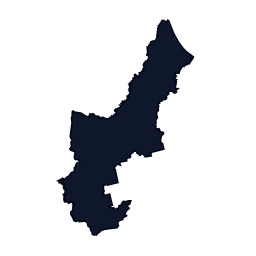 Rangitikei District, Manawatu-Wanganui, New Zealand (Albers equal-area conic projection), rotated 167°
{"feature_id": "76426892B73880124121288", "entity_name": "Rangitikei District", "entity_type": "district", "adm_level": 2, "iso_a3": "NZL", "parent_name": "New Zealand", "parent_adm1": "Manawatu-Wanganui", "projection": "albers", "projection_center": [175.797, -39.716], "detail": "fine", "context": "isolated", "style": "filled", "palette": "ink", "viewbox_px": 256, "rotation_deg": 167, "n_neighbors": 0, "source": "geoboundaries", "source_scale": "gbopen_adm2", "svg_char_len": 5790}
<svg xmlns="http://www.w3.org/2000/svg" viewBox="0 0 256 256"><g transform="rotate(167 128 128)"><path d="M141.6,56.5L143.8,57.0L146.8,56.8L149.0,57.6L150.8,56.3L152.1,54.4L154.2,54.5L155.7,51.4L157.1,52.2L157.7,51.5L158.7,51.5L160.0,53.8L161.5,53.3L163.2,55.4L164.3,55.4L164.3,56.2L160.6,56.2L160.7,67.7L167.5,67.7L167.4,68.5L166.4,68.5L166.4,69.5L166.9,69.7L166.3,70.1L166.6,71.2L165.5,71.7L165.4,72.3L166.0,73.0L165.6,73.1L165.6,74.0L166.4,74.2L166.0,75.1L165.4,75.0L164.8,77.6L160.7,77.6L160.7,76.9L150.0,77.1L149.8,90.8L151.1,91.0L151.0,92.0L146.4,95.2L143.7,93.5L144.1,95.9L142.4,96.5L136.6,96.2L136.6,97.4L135.8,98.5L134.2,99.1L133.5,98.6L132.2,98.9L131.6,101.3L130.9,102.2L128.8,102.9L127.9,103.8L126.4,104.0L124.9,103.1L124.9,101.3L123.3,100.2L123.0,99.1L122.4,99.4L122.2,98.8L119.6,99.9L117.7,96.0L111.6,95.5L111.8,97.0L110.8,98.7L111.1,99.0L97.8,99.3L97.8,105.1L98.5,105.8L99.6,105.3L100.0,105.4L99.1,107.1L99.2,108.5L98.3,110.1L98.5,110.9L96.1,113.8L95.4,113.8L95.4,114.5L94.8,114.5L94.4,115.6L98.8,118.1L98.6,118.7L97.6,118.7L97.7,119.8L98.2,120.5L100.7,120.5L100.6,121.3L101.3,122.1L100.2,123.3L100.7,124.8L99.5,126.6L99.1,129.4L96.8,131.7L97.1,133.0L96.9,134.8L97.5,135.1L96.2,137.0L94.3,138.5L94.5,139.2L93.1,142.7L93.4,145.7L91.6,145.0L91.4,146.6L88.9,146.6L88.4,147.6L84.8,147.4L83.5,148.6L83.5,150.3L83.0,151.1L80.5,152.1L80.6,153.2L80.0,154.3L77.3,154.3L74.8,151.4L72.6,152.1L73.2,152.9L72.9,153.7L70.4,155.1L71.9,155.5L72.1,154.9L73.2,155.4L72.2,155.8L73.2,158.0L71.8,158.7L71.9,159.6L71.1,160.3L72.9,162.8L71.0,161.8L71.1,162.5L70.5,162.6L71.0,163.6L69.8,164.1L70.9,165.1L72.1,164.8L71.4,165.2L71.0,166.8L70.0,166.9L70.5,168.2L69.5,168.1L70.4,169.0L69.0,170.3L69.8,170.4L69.5,171.2L68.1,170.6L67.1,170.9L67.0,170.0L65.7,170.0L65.5,171.8L64.5,172.1L64.5,173.1L63.6,173.5L64.0,174.3L62.7,174.1L62.4,175.1L60.4,175.7L59.6,175.2L59.2,176.3L58.0,176.1L57.5,176.8L56.6,176.4L56.2,177.4L56.0,176.6L54.6,177.4L54.1,176.7L51.2,179.4L51.3,181.8L50.4,181.8L50.5,180.6L49.9,180.3L48.2,182.5L54.0,189.4L56.5,193.5L59.4,200.2L62.2,210.0L64.2,223.4L65.0,224.2L66.9,222.5L68.8,224.6L70.7,225.2L71.7,224.0L71.6,223.4L72.6,222.9L72.4,222.2L73.2,222.6L74.5,221.0L75.4,221.0L75.1,220.0L76.1,219.3L75.9,218.5L76.8,218.1L76.5,217.3L77.9,215.2L77.8,214.3L78.4,213.1L78.2,212.0L79.1,211.9L78.4,210.5L79.5,210.1L80.4,208.3L82.2,206.8L84.7,207.2L86.8,206.6L87.6,204.7L89.2,204.0L89.6,202.3L91.2,202.6L91.0,201.7L91.7,200.3L91.1,198.9L92.0,198.2L91.3,196.8L92.9,195.9L93.3,194.8L92.2,193.8L91.8,192.5L92.2,191.0L93.6,190.3L93.5,188.7L96.0,189.2L96.0,188.4L97.0,188.0L97.1,186.9L98.0,187.4L99.1,185.3L98.2,183.6L100.1,182.4L99.9,181.1L100.6,181.0L100.4,180.4L101.9,180.2L102.6,179.1L104.6,179.3L104.8,177.5L105.4,176.6L106.2,176.5L106.2,175.8L107.1,176.2L108.9,178.7L109.6,178.5L110.0,177.7L109.6,175.5L110.8,175.8L112.1,175.2L112.1,173.6L114.2,172.8L114.9,171.8L115.9,171.7L116.5,170.9L116.3,169.8L115.7,169.5L116.5,169.0L117.1,169.7L116.9,168.4L116.2,167.8L117.2,167.6L116.9,166.8L118.4,165.7L117.1,164.4L117.3,164.0L117.9,164.4L118.6,164.0L117.6,163.5L118.3,162.5L118.1,161.4L119.6,160.4L120.3,158.2L120.9,159.5L121.8,159.3L121.7,157.6L122.4,156.4L122.1,154.9L123.1,154.9L123.7,154.3L123.8,155.2L124.5,154.3L125.3,155.2L125.6,154.3L127.4,155.4L127.7,155.0L127.1,153.7L128.3,154.0L129.4,153.3L128.7,152.6L129.3,151.5L130.8,152.0L130.4,151.3L130.5,150.2L132.6,149.6L133.4,148.7L133.9,149.3L134.7,148.5L135.4,149.3L137.1,148.2L137.2,147.6L135.7,146.4L136.3,145.6L136.3,143.9L137.2,144.7L137.8,143.3L138.9,143.9L138.8,142.8L139.3,142.4L140.3,142.6L141.0,143.6L142.7,141.6L143.2,142.4L143.8,141.6L146.9,141.7L150.4,144.3L152.5,143.8L153.2,145.0L153.7,144.3L154.2,144.8L154.5,144.5L154.5,146.4L157.7,146.9L157.5,148.1L158.8,148.3L158.9,149.0L158.4,149.4L159.0,149.9L160.6,149.6L161.7,150.3L161.7,149.7L162.8,149.3L162.8,148.3L163.5,147.3L164.0,148.1L165.7,148.4L170.4,153.1L176.8,155.7L177.6,157.0L178.6,156.5L179.8,152.2L180.9,150.4L181.3,146.0L186.3,132.6L185.3,128.3L186.8,127.1L187.3,122.6L189.4,120.8L188.8,119.2L184.9,116.7L187.0,111.4L186.7,109.5L186.0,108.9L184.4,109.1L183.9,108.0L183.3,108.3L182.0,106.0L185.6,105.5L187.1,103.9L188.1,101.8L189.3,101.4L189.4,99.6L190.7,97.5L193.6,97.3L194.4,96.1L195.8,95.4L196.8,93.9L198.2,94.3L198.6,93.1L199.7,93.2L199.7,92.4L200.5,92.8L201.3,92.1L202.4,93.2L202.3,92.6L202.8,92.2L204.2,92.3L204.0,93.3L204.7,93.3L205.4,92.9L205.4,92.2L206.6,92.7L207.8,92.4L207.2,92.2L207.4,91.4L206.5,91.7L207.2,90.0L205.7,89.9L205.7,90.9L204.4,91.5L204.9,89.9L204.1,89.0L205.2,88.5L203.5,87.1L203.9,86.8L203.3,85.8L204.1,85.1L203.7,84.4L204.3,84.2L203.7,82.8L202.9,82.2L203.5,82.1L202.7,81.5L203.6,80.5L203.3,79.9L204.6,78.5L203.8,78.1L204.4,77.4L205.4,77.6L205.0,77.2L205.5,76.7L205.0,76.4L205.9,76.2L205.4,75.6L206.1,74.2L205.3,74.3L205.1,73.5L206.5,73.2L206.6,71.7L206.0,71.7L206.6,71.1L206.1,70.0L203.9,70.3L204.0,69.7L203.1,69.5L203.3,68.8L202.8,68.0L201.7,68.2L201.4,69.1L200.0,68.3L199.4,68.9L199.4,68.3L198.7,68.3L198.8,67.3L198.0,66.8L198.6,66.2L198.1,65.9L197.8,64.8L199.0,64.8L198.8,64.3L199.4,63.5L199.0,63.3L199.6,63.0L199.6,61.8L200.1,61.7L200.1,60.1L202.4,59.4L203.2,57.2L203.1,56.2L202.5,56.1L202.5,54.5L201.7,54.7L202.0,53.0L201.7,51.6L201.0,51.7L201.5,51.1L200.9,50.4L201.6,50.4L201.3,49.6L199.6,48.5L197.1,49.3L196.8,47.9L196.3,48.3L196.0,47.6L193.7,47.2L192.6,47.7L192.2,47.0L191.2,47.2L190.3,46.1L189.7,46.1L188.8,43.7L189.1,43.2L189.0,41.2L187.1,39.3L187.4,37.4L186.9,36.7L187.2,36.6L186.6,33.9L186.7,32.5L184.9,31.1L183.9,31.4L182.8,30.8L181.2,32.2L178.9,32.9L178.3,33.7L174.3,34.6L160.7,33.3L160.1,34.6L159.2,34.9L159.6,36.8L158.6,39.0L157.3,39.7L153.6,40.0L153.4,41.5L149.0,42.7L149.9,44.0L149.9,45.6L147.3,48.2L145.0,49.1L145.2,50.4L146.8,51.5L146.7,52.2L143.4,53.5L141.6,56.5Z" fill="#0f172a" stroke="#020617" stroke-width="1.5"/></g></svg>